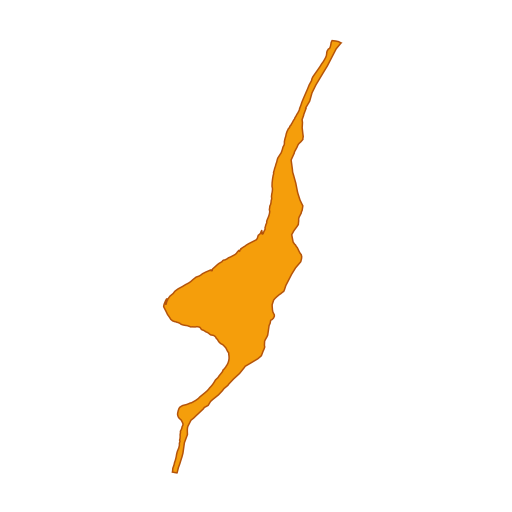 the district of Dar al-Salam, Suhaj, Egypt, rotated 63°
{"feature_id": "37247803B4319107870519", "entity_name": "Dar al-Salam", "entity_type": "district", "adm_level": 2, "iso_a3": "EGY", "parent_name": "Egypt", "parent_adm1": "Suhaj", "projection": "equal_earth", "projection_center": [32.033, 26.274], "detail": "fine", "context": "isolated", "style": "filled", "palette": "amber", "viewbox_px": 512, "rotation_deg": 63, "n_neighbors": 0, "source": "geoboundaries", "source_scale": "gbopen_adm2", "svg_char_len": 5789}
<svg xmlns="http://www.w3.org/2000/svg" viewBox="0 0 512 512"><g transform="rotate(63 256 256)"><path d="M98.6,90.4L98.7,90.6L99.9,92.1L101.0,92.9L102.4,94.0L103.7,95.2L104.4,96.2L104.5,97.6L105.7,99.6L106.7,100.5L108.0,101.3L109.6,102.5L110.8,103.9L112.3,106.1L113.5,108.0L114.7,110.4L116.2,112.8L118.2,116.5L120.4,120.7L122.1,123.9L123.4,125.6L125.1,127.1L127.6,130.8L130.9,134.6L133.1,137.3L137.4,142.5L139.9,145.4L142.3,147.8L144.3,150.1L145.6,151.1L146.6,152.5L147.6,153.9L148.3,155.2L149.4,156.7L150.6,158.7L151.4,159.4L152.1,160.9L153.8,163.3L154.5,164.5L155.2,165.2L155.2,165.8L155.6,166.5L156.0,167.2L156.3,167.4L156.7,167.7L156.9,168.2L157.1,169.1L158.3,170.7L159.2,171.9L161.0,173.7L162.8,175.1L164.3,176.6L165.6,177.7L167.0,178.8L168.8,179.7L169.9,180.6L171.1,182.4L173.3,184.4L175.4,186.6L177.5,190.2L178.7,192.2L179.6,193.1L180.5,193.9L181.6,194.8L183.1,196.4L184.9,198.0L186.2,199.4L187.8,200.8L189.6,202.5L190.7,202.9L192.2,204.3L193.7,205.4L195.2,206.5L196.9,207.6L198.1,208.4L201.2,210.1L203.1,210.6L204.5,211.3L206.5,212.6L207.8,213.7L210.0,215.2L212.1,216.0L212.7,216.5L213.2,217.1L214.0,217.6L215.5,218.6L216.7,219.6L217.8,221.0L219.5,222.1L220.7,223.0L222.7,223.6L224.1,224.6L225.6,225.9L227.1,227.5L228.5,229.2L229.9,230.7L230.8,231.1L231.4,231.5L232.6,233.0L234.3,234.5L235.0,235.2L236.2,235.6L236.7,236.3L237.5,237.4L238.3,238.5L239.3,239.4L239.3,240.4L238.7,240.7L238.3,240.0L237.2,239.8L236.4,239.3L236.0,239.5L236.5,240.3L237.5,241.3L238.2,242.6L238.6,244.6L239.5,245.5L240.9,246.8L241.7,248.4L241.7,257.2L241.9,259.8L242.2,261.1L242.3,262.7L242.5,264.5L242.7,266.3L243.3,266.6L243.5,268.0L244.2,268.3L244.2,268.7L243.3,269.0L244.0,270.8L244.8,272.4L245.2,274.0L245.3,279.1L245.1,281.4L245.4,283.0L245.4,285.5L245.0,286.6L245.0,287.6L245.6,288.9L245.7,290.3L245.8,292.2L246.0,293.5L246.4,295.2L246.9,296.9L247.5,299.2L247.8,300.3L248.2,301.3L248.5,301.3L249.1,301.6L248.8,302.6L248.1,302.5L247.8,302.9L247.8,303.8L247.6,306.7L247.5,307.9L247.5,311.7L248.0,314.3L248.0,316.2L247.6,319.0L248.4,322.9L249.2,325.9L249.5,328.5L249.5,331.8L249.8,335.4L249.9,340.2L250.5,344.0L251.0,345.2L251.8,346.8L252.7,350.9L253.8,353.0L254.4,354.2L255.0,354.6L255.2,355.1L256.4,356.5L257.0,357.0L258.1,357.9L258.0,358.3L257.4,358.2L257.1,357.9L256.5,357.8L255.8,357.0L255.3,356.4L255.0,355.7L254.4,355.0L253.8,354.9L253.7,355.2L254.2,356.0L254.9,357.0L257.2,359.7L257.9,360.3L258.5,360.8L259.3,361.3L261.0,361.3L263.5,361.3L265.1,361.3L268.0,361.4L270.5,361.0L272.4,360.8L273.8,360.7L276.0,359.7L277.6,358.2L278.6,356.9L279.2,356.6L279.8,355.7L280.6,355.1L281.4,354.4L282.9,353.7L284.4,352.2L285.8,350.4L286.9,348.8L288.5,347.3L289.5,346.4L290.3,344.7L291.0,343.5L291.7,342.2L292.1,340.7L292.9,339.6L293.6,338.8L294.3,338.3L295.7,338.1L296.7,338.0L297.7,337.2L298.5,336.4L299.5,335.8L300.8,335.1L301.7,334.3L302.3,333.8L303.7,333.1L304.9,332.6L305.7,332.2L306.3,331.4L306.9,330.6L307.6,329.8L308.4,329.3L309.4,328.9L310.5,328.7L311.4,328.8L312.9,328.2L314.2,328.2L315.8,328.0L317.9,327.3L319.7,326.0L320.9,325.5L322.7,325.0L324.1,324.6L325.8,324.6L328.3,324.6L329.9,324.3L331.4,325.0L332.7,325.4L334.9,326.4L336.6,327.6L337.6,328.5L338.7,329.6L339.7,330.9L340.4,332.2L341.2,333.4L342.3,335.9L342.7,337.3L343.6,338.0L344.4,339.6L345.2,341.4L346.1,343.4L347.1,345.1L347.6,346.9L348.1,348.5L349.4,350.5L350.2,351.9L351.0,353.4L351.8,355.3L352.5,357.3L353.2,358.7L354.0,360.9L354.7,363.7L355.2,366.0L356.0,369.8L356.8,372.1L357.3,375.3L357.5,380.2L357.1,381.4L357.1,382.5L357.0,383.5L356.9,384.6L356.7,386.0L356.3,387.5L355.9,389.4L356.0,390.8L356.2,392.7L357.2,394.2L358.7,395.7L360.3,397.0L361.3,397.7L362.6,398.1L363.3,398.2L364.1,398.3L365.7,398.1L367.0,397.6L368.3,397.1L370.1,397.1L372.2,397.2L373.4,397.8L374.7,399.5L375.9,400.4L377.2,402.0L377.8,402.9L379.1,403.5L380.7,404.7L382.6,405.6L384.2,406.6L385.4,407.7L386.5,407.8L388.1,409.3L389.9,410.2L391.9,411.9L393.2,413.4L394.2,414.6L395.5,415.8L396.8,416.9L398.6,418.2L399.8,419.2L401.5,420.7L403.0,422.3L404.5,423.5L405.8,424.8L407.4,426.5L409.5,427.8L410.6,428.6L411.3,427.6L411.9,426.9L413.4,424.9L413.2,424.6L409.3,421.2L406.5,418.2L403.4,415.2L401.4,413.2L398.6,410.7L395.8,408.7L389.9,404.6L383.9,398.1L381.5,397.0L379.5,396.0L377.9,395.0L376.8,394.0L372.8,388.5L372.1,385.1L371.0,381.6L370.2,378.7L368.3,372.3L367.5,370.8L367.4,366.5L365.0,362.6L364.2,359.7L362.7,352.5L360.8,347.2L359.6,344.7L358.5,339.8L357.7,338.3L355.4,331.9L353.2,324.0L350.1,317.1L349.3,315.6L349.3,314.7L349.0,309.8L348.4,301.0L347.3,296.5L344.1,293.0L342.5,291.0L341.0,289.5L340.5,289.4L339.3,289.0L335.8,287.0L335.0,286.0L333.0,283.0L331.8,281.5L329.0,279.5L323.9,275.9L322.3,273.9L320.3,272.4L319.9,271.9L319.9,270.4L319.2,268.5L318.4,267.5L318.0,267.0L316.8,266.4L314.8,266.4L313.6,266.4L313.2,266.3L311.5,265.8L307.9,264.3L306.7,263.7L303.2,260.2L302.4,258.2L301.7,255.8L300.9,252.4L300.9,251.4L300.2,248.4L300.2,247.5L299.0,246.0L295.9,242.9L288.4,232.5L284.5,226.1L281.8,219.6L281.4,218.7L279.0,216.6L277.4,215.6L275.4,215.1L273.0,215.5L271.7,215.5L271.4,215.5L267.3,215.4L265.7,215.8L264.1,215.8L263.3,216.2L260.4,216.6L253.2,214.5L251.2,211.5L250.8,211.0L248.1,205.6L247.7,205.1L247.3,204.1L245.7,203.1L244.2,202.1L242.2,201.1L241.0,200.0L238.2,196.1L237.4,195.6L236.2,194.1L232.6,191.5L230.6,191.5L226.2,191.4L218.9,190.2L216.9,189.7L211.3,188.1L209.2,187.5L200.8,185.8L198.0,185.3L195.2,184.2L186.4,181.1L181.6,175.1L180.8,174.6L177.7,170.1L176.1,168.2L175.3,166.7L174.6,164.2L173.4,161.3L173.0,161.2L171.0,159.7L168.2,158.7L162.6,156.6L161.8,156.1L158.2,154.0L155.4,153.0L152.6,150.0L151.4,149.0L147.2,144.4L146.7,144.6L142.4,137.9L136.0,132.0L130.7,124.9L122.2,111.3L119.0,106.1L107.8,90.5L105.1,84.3L104.9,84.0L104.8,83.4L102.3,85.3L101.6,86.2L100.9,87.0L98.6,90.4Z" fill="#f59e0b" stroke="#b45309" stroke-width="1.5"/></g></svg>